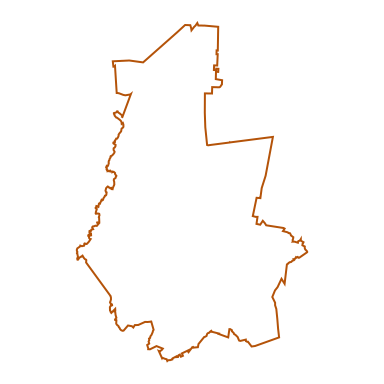 Ocampo, Guanajuato, Mexico (Robinson projection)
{"feature_id": "50627088B33469083637440", "entity_name": "Ocampo", "entity_type": "district", "adm_level": 2, "iso_a3": "MEX", "parent_name": "Mexico", "parent_adm1": "Guanajuato", "projection": "robinson", "projection_center": [-101.493, 21.604], "detail": "fine", "context": "isolated", "style": "outline", "palette": "amber", "viewbox_px": 384, "rotation_deg": 0, "n_neighbors": 0, "source": "geoboundaries", "source_scale": "gbopen_adm2", "svg_char_len": 5947}
<svg xmlns="http://www.w3.org/2000/svg" viewBox="0 0 384 384"><path d="M218.2,26.8L204.6,25.6L198.3,25.5L197.3,23.0L195.5,25.6L194.2,26.8L191.5,30.3L191.1,27.9L190.3,25.2L185.1,25.0L177.7,31.8L143.1,62.4L129.3,60.5L112.8,61.3L113.4,66.7L114.3,66.6L115.0,65.9L116.7,93.0L117.7,93.0L118.2,93.2L118.8,93.2L123.3,94.9L125.4,95.3L128.9,94.7L130.4,94.4L130.9,94.0L122.4,117.0L122.0,116.8L122.3,116.0L122.2,115.4L120.5,114.2L120.0,113.6L118.1,112.4L117.7,111.4L117.1,111.3L116.7,112.0L116.0,112.5L113.9,113.1L113.9,113.8L114.6,114.9L114.6,115.6L116.3,117.6L117.0,117.7L119.5,119.6L120.7,120.7L121.4,121.7L121.7,123.8L122.9,123.0L123.4,124.6L123.3,125.5L123.5,126.0L123.2,127.4L121.6,128.6L121.1,131.4L119.4,133.4L118.6,134.6L118.6,135.8L117.9,137.5L117.1,138.6L116.2,138.6L115.6,139.8L114.8,140.7L115.0,141.9L114.9,142.2L113.9,142.2L113.4,142.5L113.3,143.2L113.5,143.5L115.6,144.9L115.4,146.4L114.7,147.5L113.7,148.2L113.6,148.5L113.6,150.0L114.6,151.7L114.4,152.6L113.4,154.1L112.2,155.4L111.5,155.9L110.7,156.1L110.5,156.5L110.6,157.4L109.7,158.7L109.3,160.3L108.9,160.7L108.6,162.1L108.8,163.1L108.1,165.5L107.8,166.0L107.3,166.5L106.7,166.0L106.1,167.3L106.3,167.8L106.7,168.0L106.9,169.1L106.3,170.3L106.7,169.9L107.0,170.3L107.2,170.2L107.2,169.8L108.0,170.6L107.8,171.2L108.7,171.1L109.2,171.3L110.1,170.6L110.3,170.8L110.6,171.5L112.5,171.5L112.8,171.8L112.7,172.1L113.7,171.8L114.9,172.8L115.1,173.1L115.0,173.7L115.2,174.3L116.4,175.9L115.7,177.1L115.7,177.7L115.5,178.0L113.9,179.2L113.8,180.5L114.2,181.8L114.3,184.6L112.9,187.8L112.6,189.2L111.6,189.1L111.1,188.7L111.4,188.2L111.3,187.9L110.1,188.2L109.6,187.6L109.1,187.6L108.2,186.7L107.7,186.5L106.6,187.6L106.1,188.2L105.5,190.7L106.1,192.2L106.6,192.4L106.3,194.8L106.0,195.3L104.9,195.7L104.8,196.4L103.7,197.8L102.9,200.0L102.4,200.3L102.4,199.8L102.1,199.6L101.7,199.6L100.1,203.3L100.0,203.6L99.3,203.3L98.9,203.7L98.4,207.0L98.2,207.1L97.0,206.1L96.4,206.0L96.2,207.0L95.6,207.8L95.7,208.3L96.3,208.6L96.8,209.1L95.9,211.9L95.7,213.5L96.0,213.8L96.8,213.5L97.8,213.6L98.0,213.5L99.2,213.8L99.5,215.2L98.8,217.2L99.1,217.6L99.3,222.1L99.1,222.4L98.6,222.7L97.9,222.4L97.2,222.4L97.1,222.7L97.5,223.2L98.8,223.5L96.8,225.9L95.3,225.7L94.3,226.2L92.9,226.4L92.4,226.9L92.2,227.5L93.1,229.2L91.3,229.7L91.0,230.9L90.5,231.3L89.8,230.9L89.5,231.0L89.4,232.3L89.6,233.1L89.9,233.5L90.3,233.7L91.0,233.6L91.1,235.4L90.8,235.5L89.0,234.8L88.5,234.9L88.3,235.3L88.2,235.8L88.4,236.2L89.2,236.5L89.0,237.2L89.1,238.0L89.8,238.9L90.6,239.1L88.9,241.7L87.8,242.9L86.7,244.0L85.7,243.9L84.8,243.4L84.4,243.6L84.2,244.2L84.4,244.7L84.1,245.7L81.9,246.2L80.3,245.6L80.0,246.5L77.3,248.4L76.8,249.9L76.9,251.0L77.3,251.6L77.2,252.1L77.3,252.8L76.9,253.2L77.0,253.5L77.3,253.7L78.0,257.0L77.6,257.5L77.2,258.8L77.5,259.7L78.0,259.7L79.5,257.5L80.3,257.2L80.9,256.7L81.6,256.7L82.2,255.8L82.5,255.6L83.9,258.0L85.0,259.2L86.1,259.7L86.3,260.1L86.1,262.5L110.6,296.1L110.5,296.4L110.9,297.2L111.0,299.3L110.4,301.5L110.0,302.2L110.2,302.9L110.9,303.6L110.9,304.4L112.0,304.5L112.1,305.3L110.7,305.9L109.9,307.1L110.0,310.5L110.5,311.2L110.6,311.9L111.3,312.9L115.2,308.9L115.3,310.6L114.8,311.6L115.2,311.7L115.6,315.1L116.4,317.8L115.6,318.6L115.0,319.7L115.1,320.0L115.8,320.1L116.1,319.8L116.4,320.1L116.2,323.5L116.4,324.0L117.3,325.2L117.7,325.4L118.6,326.3L118.9,327.3L119.4,327.6L120.1,329.1L120.8,329.9L121.5,330.4L122.7,330.8L123.6,330.6L128.0,325.5L131.9,326.2L133.3,327.5L134.8,325.1L138.2,325.0L145.1,321.9L147.4,322.0L150.5,321.7L151.0,321.1L151.0,320.7L153.6,329.8L152.9,331.0L152.7,332.1L151.5,334.9L150.4,336.3L150.1,337.9L149.0,338.6L149.3,340.1L148.6,341.5L149.2,343.6L147.2,345.0L148.3,348.5L148.2,349.2L150.0,349.3L156.5,346.1L162.8,348.6L161.9,349.8L160.9,350.6L160.4,350.7L160.0,351.5L158.8,351.0L162.0,358.1L162.2,357.7L164.9,358.8L166.6,359.2L167.3,361.0L168.1,360.3L169.1,360.1L170.3,360.1L171.3,359.8L171.7,359.3L172.4,359.4L172.6,358.9L172.7,358.3L177.5,355.8L176.5,357.1L178.0,357.0L178.6,355.2L179.8,354.6L180.9,356.7L182.9,355.8L181.9,353.4L188.1,350.4L187.7,351.1L188.5,352.2L192.3,347.2L192.9,347.6L193.3,347.2L193.6,347.6L197.9,347.2L198.5,344.0L204.2,337.0L204.8,336.9L206.5,336.0L207.2,333.8L207.8,333.2L208.9,332.9L209.4,332.5L209.6,332.1L211.1,330.9L211.3,330.8L211.4,331.0L211.3,331.8L212.0,331.8L218.8,333.5L218.5,333.9L228.2,337.4L229.4,329.1L230.2,329.1L231.9,330.2L231.9,331.2L233.8,333.1L234.1,334.1L235.4,334.8L237.7,337.1L238.8,339.9L239.2,340.6L240.4,340.9L245.8,339.6L245.9,341.1L247.2,341.8L247.9,341.7L251.6,346.5L255.1,346.0L279.1,337.4L278.1,328.8L277.3,318.8L276.3,308.9L275.1,305.3L275.1,302.7L272.3,297.0L275.0,290.4L277.6,287.1L281.5,278.8L284.6,283.8L286.9,264.5L287.6,263.8L288.1,263.7L288.7,262.8L289.7,262.4L289.8,262.2L291.1,262.0L291.5,261.7L292.6,260.5L293.6,260.4L294.3,259.9L294.4,259.5L294.0,259.1L294.6,259.0L295.2,258.6L295.4,258.1L295.8,258.0L296.0,257.7L296.1,257.2L296.7,257.5L297.1,257.1L297.7,256.9L298.4,257.7L298.8,257.8L299.4,257.6L306.9,252.4L307.2,252.1L307.2,251.7L306.8,251.0L305.2,249.4L304.9,248.6L304.7,247.8L304.8,246.5L302.4,245.3L302.6,243.7L303.0,243.3L303.5,242.2L300.8,240.7L300.8,239.1L300.2,240.1L299.3,240.8L298.4,241.1L298.1,241.5L297.9,242.7L294.7,241.7L292.7,241.7L292.9,241.4L292.6,240.0L293.1,238.8L293.3,237.2L290.9,235.4L290.7,234.5L289.9,233.2L288.6,233.1L288.5,232.8L287.3,232.2L283.0,231.1L284.6,228.6L283.5,228.0L266.2,225.3L264.8,223.1L262.8,220.8L260.2,224.7L256.5,223.9L257.5,216.9L255.9,216.9L252.8,216.1L256.6,197.8L260.1,198.1L260.1,197.8L260.4,197.9L261.7,188.1L265.6,175.8L272.9,136.9L230.2,142.4L229.9,142.2L229.7,142.5L211.7,144.8L208.1,145.3L207.1,145.0L205.3,127.3L204.8,112.8L204.9,93.4L212.0,93.5L212.2,87.1L219.1,87.3L219.8,87.1L220.5,86.4L221.3,85.1L221.9,84.5L222.1,80.2L215.8,79.1L216.0,71.8L218.2,71.9L218.4,68.8L216.2,68.7L216.1,70.2L213.9,70.0L214.1,65.4L217.2,65.5L217.7,54.2L216.5,54.2L216.6,50.4L217.8,50.5L218.2,26.8Z" fill="none" stroke="#b45309" stroke-width="2"/></svg>